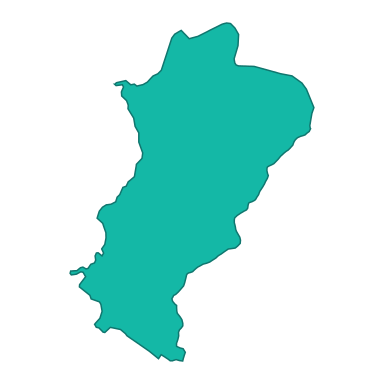 Lattakia, Lattakia, Syria
{"feature_id": "27442178B94813764709421", "entity_name": "Lattakia", "entity_type": "district", "adm_level": 2, "iso_a3": "SYR", "parent_name": "Syria", "parent_adm1": "Lattakia", "projection": "orthographic", "projection_center": [35.92, 35.7], "detail": "fine", "context": "isolated", "style": "filled", "palette": "teal", "viewbox_px": 384, "rotation_deg": 0, "n_neighbors": 0, "source": "geoboundaries", "source_scale": "gbopen_adm2", "svg_char_len": 4404}
<svg xmlns="http://www.w3.org/2000/svg" viewBox="0 0 384 384"><path d="M313.9,107.6L306.4,89.2L303.2,84.8L302.0,83.1L295.2,78.2L292.0,75.9L280.5,73.7L267.6,70.1L254.1,66.4L253.8,66.4L253.7,66.4L251.3,66.3L250.1,66.3L245.3,66.1L244.7,66.1L238.5,65.9L236.7,65.2L236.3,65.1L236.2,65.0L235.9,64.6L235.4,63.8L234.9,63.2L234.3,60.1L234.3,59.8L234.3,59.7L234.1,58.9L238.0,45.7L238.6,34.5L236.0,29.9L234.9,28.0L234.8,27.9L230.6,23.6L229.7,23.4L228.9,23.3L228.1,23.2L227.2,23.1L226.5,23.0L226.0,23.2L224.9,23.4L224.5,23.5L222.1,24.2L209.8,30.3L207.0,31.8L205.0,32.8L197.8,36.4L195.4,37.0L194.8,37.2L193.6,37.5L189.2,38.7L185.5,34.8L183.4,32.7L183.1,32.4L183.0,32.2L181.2,30.4L178.7,31.8L174.7,34.2L171.8,38.1L170.5,42.1L166.7,53.8L164.8,59.6L161.3,70.3L157.8,73.8L154.3,75.4L153.7,75.7L152.9,76.1L150.0,79.2L147.4,82.1L143.0,84.6L137.9,85.8L136.9,86.1L136.7,85.9L134.3,84.1L130.8,84.8L125.8,80.6L119.5,82.0L117.8,82.4L117.6,82.4L116.9,82.6L116.5,82.7L116.0,83.1L115.5,83.6L114.8,84.3L114.7,84.3L116.1,85.6L121.4,84.9L121.8,84.8L122.3,84.7L123.5,87.0L121.8,90.9L121.4,92.0L121.6,94.5L121.7,96.0L126.0,100.1L126.6,100.7L128.2,105.0L128.2,106.0L128.0,108.8L131.5,114.5L133.7,118.1L135.1,126.4L138.8,132.9L138.8,138.3L138.8,142.1L142.7,152.9L142.0,158.4L140.5,160.0L136.9,163.8L136.6,164.1L136.4,164.3L136.2,166.1L134.4,176.7L129.3,181.0L128.3,181.7L127.8,182.8L126.2,186.2L122.9,187.4L122.9,187.5L121.7,190.1L120.9,192.0L120.2,193.6L119.8,194.6L117.1,197.2L116.8,198.3L115.7,201.8L111.1,204.2L107.6,204.7L106.6,204.8L106.3,204.8L106.2,204.9L102.5,207.2L101.6,208.3L99.3,211.2L98.4,214.0L97.1,218.2L100.1,220.9L102.7,223.3L103.8,226.7L105.9,232.7L106.0,238.0L104.8,244.4L103.5,246.3L101.8,248.7L101.7,249.0L103.6,253.1L102.0,255.9L98.2,252.8L97.8,252.8L97.7,252.8L97.1,252.9L96.4,253.0L96.1,253.6L95.6,254.9L95.1,255.9L95.2,256.7L95.7,260.1L94.5,262.9L92.4,263.7L90.8,264.3L88.3,268.0L88.1,268.4L87.0,268.7L86.0,268.9L84.6,268.1L82.9,267.1L80.5,267.7L79.0,268.9L76.9,270.7L74.3,270.8L72.9,270.9L71.7,271.0L70.7,271.0L70.3,272.5L70.1,273.3L71.3,274.9L72.7,274.7L73.5,274.6L76.2,274.2L76.8,274.0L76.8,273.9L80.8,271.8L81.7,272.0L83.1,272.3L85.6,276.7L79.6,284.6L79.4,286.9L89.9,295.3L90.9,298.2L91.1,298.9L99.5,301.9L100.8,304.2L100.9,304.4L101.1,305.5L102.1,311.3L99.9,318.3L95.4,323.3L94.9,324.0L94.6,324.3L96.3,327.3L98.9,327.9L101.9,330.9L103.0,332.1L104.8,332.5L108.9,328.7L109.6,328.0L110.3,327.4L112.5,327.8L120.5,329.5L125.5,333.7L126.9,335.7L129.6,337.6L137.3,342.9L149.4,351.3L158.5,358.7L159.6,357.1L160.6,355.5L161.2,354.7L164.7,356.9L168.0,359.1L168.3,359.3L170.2,360.8L171.4,360.8L172.6,360.8L172.9,360.6L176.1,359.6L179.6,360.6L182.7,361.0L183.4,358.2L184.0,356.4L184.1,355.8L184.4,355.0L185.3,352.3L183.1,348.7L180.2,348.0L176.6,346.4L176.5,343.4L177.8,339.7L178.7,335.9L178.5,332.3L179.5,329.8L181.2,328.1L182.8,325.9L182.8,323.4L181.9,319.7L180.2,317.0L177.3,313.3L176.8,311.1L176.6,307.9L176.6,305.4L175.8,304.8L175.2,304.4L172.6,301.3L171.9,298.6L172.7,297.4L173.2,296.3L173.7,295.4L175.7,294.4L178.3,292.0L181.3,288.6L183.6,285.9L184.7,282.7L186.0,277.5L186.6,274.8L187.3,273.8L188.6,272.9L190.1,272.6L192.6,271.7L194.1,270.2L196.2,268.3L197.9,267.0L200.2,265.8L203.2,264.1L206.7,263.2L209.8,262.0L212.0,260.5L215.8,258.1L218.1,255.9L219.6,254.9L220.9,254.2L224.5,251.6L228.3,249.0L230.8,248.7L233.6,248.3L235.3,248.0L237.6,246.1L240.2,243.4L240.5,240.2L239.8,237.2L238.1,234.3L236.4,231.3L235.7,229.3L235.4,227.1L234.9,224.9L234.3,222.7L234.3,219.7L234.8,217.7L236.4,216.3L236.6,216.1L237.1,215.5L238.7,214.5L240.4,213.3L243.0,211.8L243.9,211.2L244.8,210.8L246.5,209.9L247.7,208.2L248.0,205.9L248.0,205.5L248.1,205.3L248.6,203.3L249.2,202.7L249.3,202.6L252.0,201.7L254.7,200.3L255.7,199.3L255.8,199.1L256.8,197.3L258.6,194.6L259.4,192.3L259.9,191.2L260.7,190.0L262.7,187.0L263.9,184.9L264.5,183.9L265.5,181.6L265.8,181.1L267.3,178.5L267.9,176.8L268.3,175.5L267.6,173.8L267.5,173.3L266.9,170.6L267.0,168.1L267.3,167.4L267.5,166.9L269.2,165.9L271.5,164.9L273.8,163.7L275.2,162.3L278.1,159.3L279.0,158.2L280.6,156.2L282.1,154.9L283.9,153.2L286.2,151.3L287.3,150.6L287.9,150.3L290.0,148.3L291.2,146.9L292.8,145.2L293.4,143.4L294.1,141.7L295.3,139.8L297.4,137.8L297.5,137.7L300.6,136.3L302.8,135.7L303.1,135.6L305.1,134.9L306.9,133.2L309.2,131.5L310.1,129.6L310.6,128.7L310.2,128.2L309.8,125.5L310.2,123.5L310.7,120.3L311.9,113.4L313.9,107.6Z" fill="#14b8a6" stroke="#0f766e" stroke-width="1.5"/></svg>